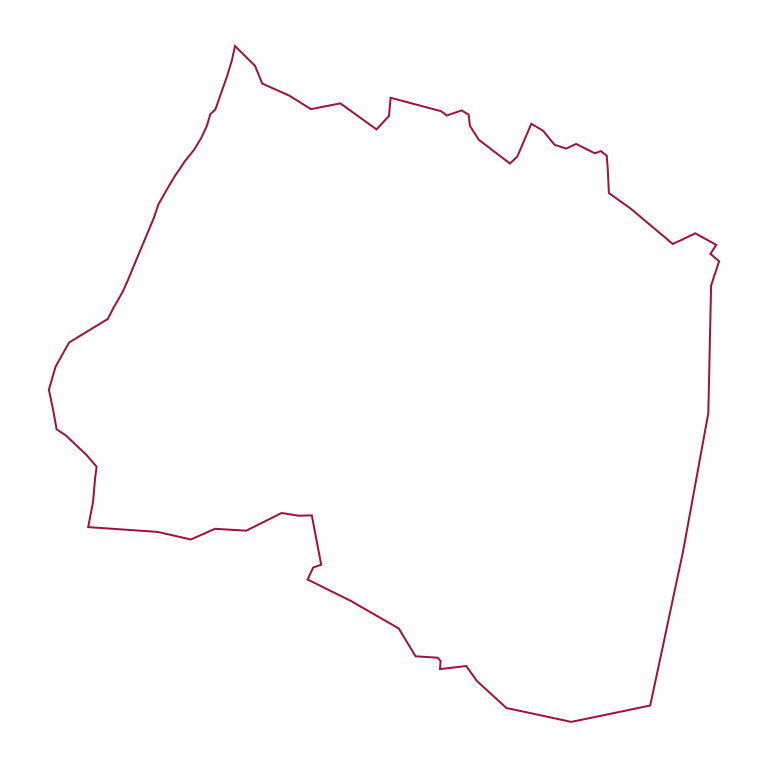 outline of Michika, Adamawa, Nigeria
{"feature_id": "59680162B49393703134220", "entity_name": "Michika", "entity_type": "district", "adm_level": 2, "iso_a3": "NGA", "parent_name": "Nigeria", "parent_adm1": "Adamawa", "projection": "orthographic", "projection_center": [13.375, 10.58], "detail": "fine", "context": "isolated", "style": "outline", "palette": "rose", "viewbox_px": 768, "rotation_deg": 0, "n_neighbors": 0, "source": "geoboundaries", "source_scale": "gbopen_adm2", "svg_char_len": 1329}
<svg xmlns="http://www.w3.org/2000/svg" viewBox="0 0 768 768"><path d="M235.0,46.1L231.9,60.3L227.2,75.8L222.5,89.2L217.7,102.8L215.4,109.4L210.4,114.1L206.6,126.5L201.1,138.2L194.0,149.9L186.6,159.1L184.5,161.7L179.3,169.6L178.6,170.6L175.0,175.8L167.9,187.7L158.5,204.2L153.7,218.3L152.0,222.4L151.2,224.2L136.0,260.6L127.2,281.8L122.8,291.5L120.9,294.9L113.4,308.0L107.9,318.9L69.1,342.5L55.6,366.6L48.9,389.7L49.9,394.5L53.3,410.9L56.6,429.3L65.8,435.4L86.6,455.1L96.6,466.7L96.0,471.6L95.2,477.2L93.0,502.2L88.2,527.1L157.5,531.9L190.8,539.5L215.0,528.8L246.2,530.7L281.6,513.0L298.7,515.7L311.8,515.4L321.2,564.7L313.2,567.5L307.6,579.5L331.9,591.6L351.2,601.1L359.8,606.1L398.8,628.5L415.6,656.3L437.5,657.7L440.6,661.0L440.0,669.1L466.2,666.0L476.9,681.0L506.4,708.0L571.2,721.9L650.2,705.5L663.1,645.2L675.4,587.2L682.9,552.3L708.3,413.2L711.1,285.6L711.8,283.3L719.1,261.3L710.4,253.9L716.2,244.9L695.3,233.3L672.8,244.0L630.4,208.4L608.9,193.1L607.7,167.8L606.7,155.8L601.0,151.1L594.8,153.3L576.1,143.9L566.2,148.6L554.6,144.8L542.9,130.6L531.3,123.8L517.3,156.6L509.9,163.5L478.8,139.8L469.9,125.8L468.7,114.8L461.7,110.4L446.8,115.5L441.1,111.2L390.6,97.8L389.0,115.9L376.5,129.4L342.9,105.2L340.3,103.4L310.9,109.1L289.2,95.6L262.3,83.6L255.0,65.8L235.0,46.1Z" fill="none" stroke="#9f1239" stroke-width="2"/></svg>